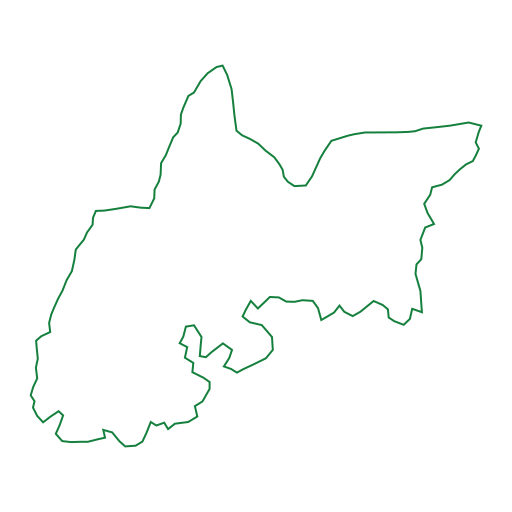 the district of Porto Amazonas, Paraná, Brazil
{"feature_id": "56859067B80853054664555", "entity_name": "Porto Amazonas", "entity_type": "district", "adm_level": 2, "iso_a3": "BRA", "parent_name": "Brazil", "parent_adm1": "Paraná", "projection": "albers", "projection_center": [-49.893, -25.527], "detail": "fine", "context": "isolated", "style": "outline", "palette": "green", "viewbox_px": 512, "rotation_deg": 0, "n_neighbors": 0, "source": "geoboundaries", "source_scale": "gbopen_adm2", "svg_char_len": 2326}
<svg xmlns="http://www.w3.org/2000/svg" viewBox="0 0 512 512"><path d="M481.3,125.7L468.6,122.5L449.8,125.7L436.3,127.2L423.0,128.6L415.2,131.2L408.5,131.9L397.1,132.3L364.8,132.5L353.8,134.3L347.9,135.7L331.4,140.8L324.5,150.9L320.1,158.5L312.0,176.4L305.8,185.5L294.4,186.1L287.8,181.7L283.9,176.8L282.6,169.7L279.4,164.2L274.3,157.3L265.4,150.5L258.3,143.7L250.1,139.0L242.1,135.3L236.5,130.7L234.5,115.9L233.0,101.5L231.6,89.3L227.2,75.0L222.6,65.6L216.6,67.0L207.7,73.2L200.7,81.0L194.0,92.5L188.4,95.9L183.2,108.0L180.9,114.6L180.7,123.5L177.7,132.5L173.2,137.3L169.6,145.8L165.8,155.2L161.1,163.1L160.6,174.7L158.8,181.7L154.6,189.5L154.2,198.4L149.4,208.1L141.0,207.7L130.6,206.3L116.3,208.8L104.4,210.6L95.9,210.9L93.0,217.8L92.6,224.7L87.0,232.5L83.9,239.6L75.8,249.5L74.4,259.6L71.9,271.1L66.6,280.2L62.5,290.6L58.2,298.5L54.1,307.6L51.2,314.6L49.1,323.0L50.2,332.0L41.3,336.2L36.1,340.7L36.8,348.8L37.8,358.7L35.9,367.6L37.2,378.4L33.2,387.0L30.7,395.3L34.5,401.2L33.0,407.6L37.2,415.9L43.1,422.3L50.5,416.6L58.6,411.2L63.1,415.4L59.6,425.3L55.8,433.8L62.2,441.1L71.0,442.1L80.3,441.8L87.8,441.8L97.7,439.3L105.0,437.7L103.3,429.9L112.2,432.4L119.3,441.1L125.2,446.4L135.6,445.7L142.4,441.6L146.2,433.5L150.8,422.0L156.3,425.5L164.2,422.7L168.1,429.1L174.9,423.7L188.2,422.0L197.3,416.5L194.9,406.1L202.5,401.4L209.6,388.9L209.6,382.0L203.4,377.7L192.4,372.2L193.3,362.9L184.9,357.7L187.2,347.1L179.7,343.2L183.3,336.6L185.9,326.6L194.0,325.3L201.5,337.0L200.8,344.1L199.8,356.1L205.9,357.2L211.2,352.4L222.9,343.4L232.0,349.9L229.3,357.9L223.9,366.4L231.1,369.0L236.9,372.6L243.6,369.0L252.7,364.8L266.0,358.2L272.8,349.9L272.0,337.0L261.8,325.1L249.8,322.3L242.6,316.5L245.9,309.6L250.8,300.9L257.9,308.5L269.9,297.0L278.8,297.4L286.3,301.6L294.6,301.8L302.5,300.2L312.8,300.9L318.0,308.1L321.3,320.0L334.0,312.6L339.5,305.6L344.3,311.8L352.7,316.1L360.3,311.8L373.6,301.0L382.7,305.0L387.9,309.3L388.7,317.5L394.3,321.2L403.7,324.8L409.9,318.9L412.2,308.8L421.9,312.2L420.4,290.9L418.0,282.6L415.5,273.9L416.5,264.4L421.3,259.2L422.3,247.7L420.4,239.9L425.2,227.5L434.0,224.0L427.5,212.9L424.2,203.8L430.2,194.8L432.1,187.3L441.9,184.7L449.6,180.1L454.9,174.0L460.4,168.9L466.2,164.3L472.8,161.1L475.9,155.3L478.9,148.7L475.7,142.3L478.9,131.6L481.3,125.7Z" fill="none" stroke="#15803d" stroke-width="2"/></svg>